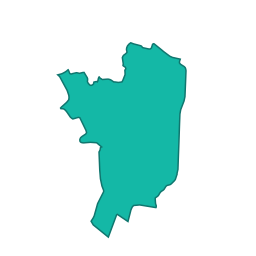 map outline of Bukhoro (Robinson projection), rotated 238°
{"feature_id": "UZB-354", "entity_name": "Bukhoro", "entity_type": "Region", "adm_level": 1, "iso_a3": "UZB", "parent_name": "Uzbekistan", "parent_adm1": "", "projection": "robinson", "projection_center": [64.255, 40.217], "detail": "fine", "context": "isolated", "style": "filled", "palette": "teal", "viewbox_px": 256, "rotation_deg": 238, "n_neighbors": 0, "source": "natural_earth", "source_scale": "10m", "svg_char_len": 2629}
<svg xmlns="http://www.w3.org/2000/svg" viewBox="0 0 256 256"><g transform="rotate(238 128 128)"><path d="M148.9,208.5L147.4,208.2L145.8,207.5L137.4,201.8L130.1,196.8L124.4,192.9L121.2,189.8L115.6,182.4L112.3,179.4L105.1,174.5L88.0,163.0L79.6,157.3L72.5,152.5L66.4,148.4L63.5,145.5L62.9,145.2L59.2,140.8L58.6,139.1L57.8,135.6L57.6,134.1L57.9,132.8L58.3,131.6L58.6,130.5L58.4,129.2L56.8,125.9L56.6,124.6L56.6,123.0L56.4,121.7L56.0,120.6L54.7,118.1L54.4,116.9L54.3,114.2L53.8,113.7L49.5,111.4L47.0,110.7L45.9,109.9L45.7,109.5L56.6,97.1L59.3,91.7L58.7,89.6L57.0,87.1L48.7,78.4L60.4,73.2L60.4,72.3L45.9,53.5L64.2,47.2L68.5,47.3L70.1,50.7L71.4,52.8L80.0,62.2L86.9,73.6L88.1,74.3L92.7,75.2L99.5,77.7L107.4,81.8L123.0,90.7L124.1,92.6L126.0,94.3L125.9,95.6L132.1,93.6L135.8,88.5L138.9,82.5L139.8,81.3L140.8,80.5L141.9,80.2L142.8,80.5L143.9,81.2L144.9,82.7L145.2,84.8L145.3,89.0L146.0,90.4L148.2,91.1L162.2,92.6L163.3,91.6L164.9,86.0L165.9,85.5L167.6,84.9L174.5,84.6L176.7,84.2L178.4,83.5L180.0,81.3L180.7,81.4L181.1,82.9L182.2,89.3L182.7,90.9L183.4,92.8L185.2,94.2L187.0,95.1L192.1,96.3L207.8,97.3L210.3,96.6L209.1,100.5L208.9,102.2L208.8,103.8L208.8,105.4L208.9,106.6L209.1,107.4L209.1,108.1L208.4,108.1L205.7,107.6L205.2,107.5L204.7,107.7L204.3,108.0L203.7,108.8L203.6,109.6L202.2,113.6L201.1,114.8L200.1,115.7L199.0,119.1L198.4,120.2L192.3,120.1L191.1,119.8L190.0,119.1L189.0,118.2L188.0,118.0L186.8,118.0L185.0,118.3L184.2,118.7L183.7,119.3L183.5,119.8L183.5,120.4L183.4,121.0L183.7,122.2L185.0,123.4L184.2,125.8L183.7,126.2L183.4,126.3L183.5,126.7L184.1,127.6L185.6,129.0L186.4,130.0L186.6,130.4L186.6,130.6L185.0,130.8L184.7,130.9L184.3,131.1L183.9,131.4L183.5,131.4L182.7,132.0L180.2,136.7L179.5,137.6L178.6,138.4L177.7,139.0L174.5,140.4L174.1,141.2L173.7,141.6L173.5,141.9L171.8,143.9L171.0,145.6L170.3,147.3L171.1,148.8L174.8,153.8L176.3,154.7L178.7,156.0L178.8,156.3L179.1,156.9L179.3,157.5L180.0,157.8L181.0,157.9L183.3,156.9L184.0,157.0L184.5,157.8L190.7,160.5L191.7,162.0L192.1,163.4L192.1,164.5L192.3,165.9L192.7,167.2L193.7,167.7L195.0,168.1L195.8,168.6L196.7,169.4L197.5,170.5L197.8,170.9L198.1,171.6L198.6,173.3L198.7,173.7L198.8,175.5L196.4,177.3L191.2,182.2L190.5,182.7L189.9,182.9L189.4,182.9L188.8,182.9L188.4,183.1L188.1,183.3L184.1,187.4L183.6,188.1L183.3,188.6L183.3,189.0L183.3,189.3L183.3,189.6L183.4,189.9L183.6,190.4L184.0,190.9L185.7,192.9L185.9,193.1L186.0,193.5L186.0,193.8L185.9,194.4L185.7,194.6L185.4,194.8L176.7,197.8L173.9,198.7L166.7,201.5L164.3,203.1L159.5,208.0L158.7,208.8L157.1,206.9L155.9,206.1L154.3,206.3L150.3,208.2L148.9,208.5Z" fill="#14b8a6" stroke="#0f766e" stroke-width="1.5"/></g></svg>